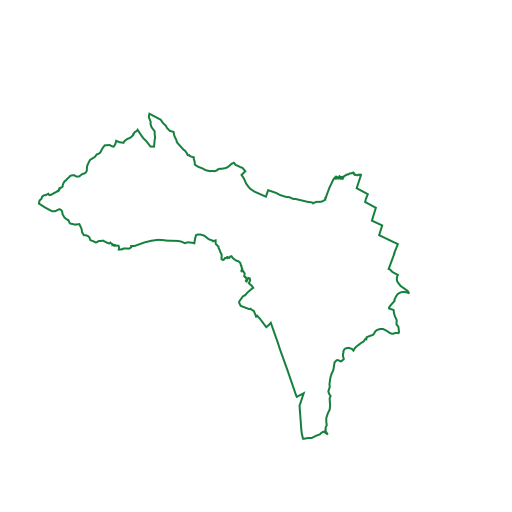 outline of Tibucani, Neamt, Romania, rotated 50°
{"feature_id": "2599482B37901869197091", "entity_name": "Tibucani", "entity_type": "district", "adm_level": 2, "iso_a3": "ROU", "parent_name": "Romania", "parent_adm1": "Neamt", "projection": "equal_earth", "projection_center": [26.549, 47.112], "detail": "fine", "context": "isolated", "style": "outline", "palette": "green", "viewbox_px": 512, "rotation_deg": 50, "n_neighbors": 0, "source": "geoboundaries", "source_scale": "gbopen_adm2", "svg_char_len": 6064}
<svg xmlns="http://www.w3.org/2000/svg" viewBox="0 0 512 512"><g transform="rotate(50 256 256)"><path d="M363.7,305.3L387.8,314.6L390.1,315.3L391.8,307.7L398.7,318.9L417.7,332.6L420.7,334.6L426.0,337.4L426.4,337.4L429.0,333.0L431.2,330.3L432.4,325.3L433.7,321.8L433.5,319.6L433.8,317.5L435.5,316.5L438.9,315.8L434.4,315.2L434.0,314.5L433.8,314.6L433.4,313.9L432.1,312.8L431.1,310.6L427.9,308.5L425.2,306.2L422.6,301.9L421.1,298.4L418.4,295.5L412.5,291.2L411.2,288.9L408.5,288.6L406.2,287.6L403.6,283.5L401.6,282.3L397.4,277.7L394.9,274.0L393.1,270.1L388.0,264.2L387.7,261.5L388.0,260.6L388.9,259.9L391.4,258.7L391.5,255.3L391.3,254.9L388.5,253.7L387.2,252.5L385.9,250.8L385.4,250.6L384.5,248.9L384.3,247.9L384.3,247.2L385.0,245.4L386.1,243.9L389.0,242.2L391.1,242.2L390.1,239.2L389.9,237.4L390.2,231.0L390.7,229.0L389.8,225.4L390.7,225.0L389.4,223.4L390.1,221.1L391.6,217.0L391.5,215.9L390.4,213.0L390.4,211.3L390.8,209.9L391.7,207.9L393.6,205.6L397.3,204.0L401.1,202.9L403.1,201.7L403.7,200.9L404.6,198.5L406.6,196.6L406.6,196.1L406.3,195.5L402.9,193.1L401.3,192.3L399.0,192.4L398.0,191.8L396.0,189.8L395.4,189.4L391.3,188.3L388.6,187.1L385.8,185.3L381.7,187.8L380.9,187.1L380.2,184.0L379.5,178.7L378.6,178.3L377.1,175.0L376.3,172.5L376.3,171.1L376.9,168.6L377.8,166.8L378.6,165.8L380.7,163.9L382.5,162.9L382.4,162.6L380.4,162.3L379.4,162.5L371.9,164.5L367.2,164.3L365.9,164.0L364.4,163.2L362.7,161.5L361.7,159.5L355.9,161.8L352.7,162.0L351.2,162.7L343.0,148.3L342.8,148.4L341.8,146.7L338.1,139.7L319.2,148.3L313.7,139.7L303.4,144.5L296.1,133.2L284.8,137.7L283.1,135.4L280.5,130.6L268.8,135.3L261.4,123.5L261.1,123.4L260.6,123.8L260.3,124.8L259.9,124.8L259.3,125.7L259.3,126.6L258.1,127.4L257.5,127.5L257.3,128.2L256.3,128.4L255.8,128.2L255.1,127.6L254.7,127.7L254.1,128.9L254.2,129.4L253.0,131.2L252.8,132.9L252.3,133.3L252.2,134.0L252.0,134.3L252.1,134.9L251.7,135.5L251.6,137.3L251.3,138.1L251.9,138.5L252.5,139.9L251.7,140.0L250.6,139.5L250.0,140.0L249.9,140.2L250.5,140.3L251.3,141.1L251.4,141.3L251.0,141.6L250.2,141.6L249.3,140.8L248.5,140.8L248.5,141.1L249.8,142.3L249.9,142.8L249.0,143.5L248.1,143.0L247.6,143.2L248.5,143.9L248.5,144.4L248.1,145.2L247.7,145.2L247.2,144.6L246.6,144.6L247.1,145.6L247.1,146.1L246.8,146.3L247.4,148.2L251.0,156.1L256.0,164.8L256.5,165.1L257.1,165.0L256.2,165.7L257.4,166.8L256.8,170.0L256.1,171.6L253.2,175.1L252.4,178.2L252.1,178.0L250.1,179.4L247.9,181.5L237.4,189.3L236.7,190.4L235.5,191.2L233.2,192.2L231.4,193.5L231.1,194.1L229.2,195.6L224.7,198.4L220.7,200.0L213.4,204.4L216.9,210.3L205.7,215.8L200.8,217.2L198.1,217.3L194.2,217.0L189.1,215.5L184.6,215.0L184.2,209.7L180.1,209.7L179.3,209.9L178.0,210.9L176.2,211.5L173.1,213.1L170.3,213.0L170.2,213.2L170.3,213.7L169.7,215.2L169.8,219.1L169.6,221.3L168.9,223.2L166.8,226.7L165.6,228.1L165.6,228.8L165.0,229.7L165.3,230.8L164.6,233.0L162.6,235.0L161.4,236.8L157.9,239.4L154.5,240.7L150.8,242.8L147.4,244.0L146.6,244.0L144.3,242.4L141.8,241.4L140.5,240.2L137.0,242.5L135.7,242.4L134.8,243.5L133.4,243.0L129.6,242.7L128.0,243.2L118.9,243.5L117.5,243.3L116.3,242.6L111.4,241.3L108.0,239.4L104.7,241.6L100.5,241.9L98.4,241.3L94.3,241.8L90.4,241.4L78.5,246.2L80.5,248.7L85.8,250.6L86.8,251.8L90.1,253.2L95.3,253.5L98.5,256.0L100.3,257.0L102.1,259.2L106.7,263.8L104.3,266.5L97.9,266.2L93.4,266.6L90.4,266.4L83.2,265.6L83.6,266.8L83.2,269.3L83.7,270.9L83.7,271.8L84.4,272.1L84.6,274.3L84.5,276.9L83.8,278.6L83.5,280.6L83.4,282.8L84.1,284.8L81.0,287.5L77.9,289.0L79.6,291.5L80.5,293.6L80.7,294.9L79.0,296.0L76.9,296.8L74.0,300.8L74.8,304.3L76.7,309.0L76.4,311.3L75.8,312.7L76.5,315.7L75.8,320.8L75.8,321.7L78.0,326.6L79.0,328.1L81.6,330.5L82.4,331.8L82.6,332.7L82.5,334.4L81.6,336.2L81.4,339.1L81.5,340.0L81.3,340.5L79.9,342.3L79.1,342.8L77.3,343.3L75.7,345.5L75.2,347.3L75.5,348.1L75.5,350.4L75.9,353.1L75.7,354.2L76.1,355.9L77.3,358.3L78.5,359.5L78.6,360.5L78.2,361.6L78.3,361.8L77.7,363.0L78.2,364.0L78.5,364.2L78.8,364.1L78.9,364.9L79.3,365.6L79.2,366.0L78.7,366.1L78.4,368.9L77.9,370.0L77.9,371.3L77.6,372.7L77.3,373.1L77.4,373.7L76.8,374.9L76.4,375.2L74.8,375.1L74.7,376.0L74.2,377.4L74.2,378.0L73.2,379.4L73.1,381.9L73.9,382.9L74.3,383.9L74.3,386.1L76.3,388.6L83.3,386.4L89.9,383.8L91.2,382.9L92.6,381.0L93.6,377.0L94.0,376.3L95.6,375.8L96.4,375.7L97.4,376.0L99.9,377.4L103.6,378.0L107.4,377.1L107.5,376.8L108.1,376.7L110.6,377.5L112.1,377.3L112.6,376.7L116.0,374.2L116.5,372.9L117.5,371.9L118.0,370.8L122.1,371.9L124.1,372.7L125.7,373.9L129.4,374.5L131.0,372.8L132.8,371.9L134.8,371.7L137.4,372.7L139.6,371.4L142.8,370.0L143.6,366.5L145.0,365.1L145.1,364.5L145.9,363.3L149.8,361.7L152.0,360.5L152.2,358.9L153.0,359.0L154.3,358.5L155.3,359.0L155.4,358.3L156.3,357.5L156.4,358.2L156.8,358.2L159.7,354.7L161.4,355.4L162.9,357.0L165.0,354.0L164.8,353.6L165.4,352.2L168.9,348.3L169.1,345.9L168.1,345.3L170.2,342.7L174.1,332.3L177.1,326.3L180.3,321.1L183.6,317.4L187.2,314.1L194.2,306.2L196.9,304.0L200.5,302.2L201.6,299.5L205.0,296.2L206.6,295.1L203.1,291.0L202.4,289.7L201.5,288.8L202.0,286.9L203.9,284.7L207.1,282.6L212.8,281.4L216.1,279.5L217.1,279.5L217.4,278.2L218.1,276.9L219.6,278.3L221.1,279.1L224.8,278.7L225.7,279.5L228.2,280.0L230.0,280.8L232.8,281.4L236.2,284.4L237.5,284.1L238.0,283.5L238.1,282.9L237.6,281.3L238.0,281.0L238.1,280.2L238.4,280.0L238.3,279.0L239.2,279.0L239.0,278.2L240.3,277.7L239.9,276.0L240.2,275.6L240.2,275.1L240.5,274.9L242.3,275.1L244.3,274.8L246.4,274.3L248.8,272.8L251.2,272.5L253.8,273.7L254.6,273.6L255.5,274.5L257.2,274.8L257.5,276.0L258.0,276.8L258.5,276.8L258.4,276.1L259.0,275.5L262.1,275.9L263.9,278.0L265.2,278.0L265.3,277.6L265.7,277.5L266.1,277.7L266.9,277.8L267.9,278.3L268.4,279.1L268.6,279.8L268.9,279.8L269.5,279.6L267.8,276.0L269.1,275.2L270.9,276.1L272.2,279.0L276.1,278.4L278.6,278.6L278.4,281.5L278.5,285.8L279.1,289.8L278.8,290.1L278.5,292.1L280.0,297.9L280.9,298.9L284.3,299.8L292.4,295.3L292.7,294.3L293.0,294.1L294.9,293.7L296.7,293.0L302.6,294.9L302.7,294.1L301.5,293.6L306.2,293.3L317.1,293.9L317.1,290.6L316.7,287.6L336.2,294.9L342.5,297.5L363.7,305.3Z" fill="none" stroke="#15803d" stroke-width="2"/></g></svg>